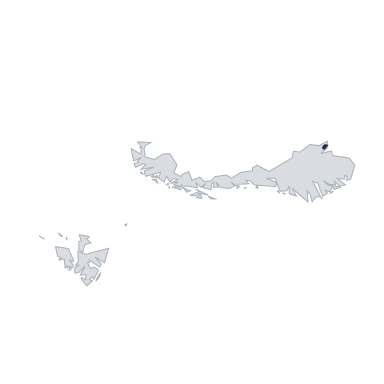 Sarpsborg nor, Østfold, Norway shown in context, rotated 240°
{"feature_id": "86288312B37493332543742", "entity_name": "Sarpsborg nor", "entity_type": "district", "adm_level": 2, "iso_a3": "NOR", "parent_name": "Norway", "parent_adm1": "Østfold", "projection": "albers", "projection_center": [11.136, 59.264], "detail": "fine", "context": "in_parent", "style": "filled", "palette": "slate", "viewbox_px": 384, "rotation_deg": 240, "n_neighbors": 0, "source": "geoboundaries", "source_scale": "gbopen_adm2", "svg_char_len": 4958}
<svg xmlns="http://www.w3.org/2000/svg" viewBox="0 0 384 384"><g transform="rotate(240 192 192)"><path d="M217.7,185.8L210.8,190.3L212.3,192.5L211.2,199.5L202.2,197.8L201.0,206.2L195.0,207.7L192.0,214.5L193.9,219.5L189.5,230.3L184.3,233.0L184.5,244.6L180.0,254.9L182.6,256.4L182.8,261.6L171.2,268.9L171.5,295.3L176.5,300.4L172.6,305.4L174.2,317.9L168.6,325.3L168.4,334.6L162.5,331.0L160.9,322.8L157.8,333.4L153.3,331.9L142.6,345.2L133.9,346.4L123.7,335.7L124.7,331.8L128.1,334.1L130.1,332.4L126.8,330.7L131.0,324.5L121.5,328.5L123.3,322.8L129.9,320.8L126.5,319.9L129.8,314.9L136.0,311.4L130.0,313.4L122.1,322.7L123.1,316.5L126.5,316.2L123.1,311.4L126.9,308.3L123.2,308.7L123.0,303.0L136.7,305.3L140.7,301.9L123.8,301.0L125.7,296.9L123.5,291.2L130.6,293.1L135.4,292.3L125.3,287.4L145.0,280.7L136.3,280.3L141.9,275.3L148.5,279.2L145.7,274.7L148.6,268.6L162.3,270.9L166.7,263.3L157.9,270.1L154.9,267.3L166.8,249.6L172.9,247.8L175.2,244.4L170.6,245.4L175.7,235.8L174.2,233.8L181.2,230.8L176.0,232.0L176.4,226.2L181.2,219.4L188.3,217.8L182.9,217.2L185.5,212.8L189.2,215.8L189.5,213.3L184.4,209.6L190.5,203.4L192.5,208.1L191.5,202.1L198.4,200.0L192.9,199.0L200.3,189.7L200.6,185.3L203.9,187.1L202.4,184.8L207.2,179.9L207.6,185.1L210.1,177.6L210.1,186.0L213.0,183.1L211.6,177.8L218.4,177.9L214.5,172.9L220.6,170.0L224.8,174.7L228.8,159.6L234.1,161.1L232.6,171.4L237.2,159.1L239.1,165.7L240.7,163.9L241.6,155.5L245.7,156.1L244.4,160.6L246.2,160.3L247.2,165.9L248.1,157.0L259.9,161.0L250.4,166.6L256.2,170.6L262.5,170.1L255.4,181.2L255.5,174.7L253.8,172.4L245.8,168.9L238.9,175.9L239.4,185.6L236.4,191.9L223.1,192.6L217.7,185.8ZM180.0,50.1L185.1,52.5L185.0,57.4L187.0,54.6L188.3,58.5L197.7,63.5L191.1,68.8L184.9,91.8L174.6,80.8L184.2,75.4L174.8,77.5L173.2,74.4L184.5,69.0L182.1,68.1L183.0,66.1L176.2,65.9L176.2,69.6L171.4,72.0L165.4,63.5L168.7,63.4L167.3,59.4L164.9,61.4L163.3,54.0L172.5,52.7L173.2,53.8L169.1,56.2L173.5,58.7L176.0,53.6L181.3,62.5L179.0,54.1L180.0,50.1ZM189.8,44.2L198.1,47.9L199.3,42.8L200.3,43.2L200.2,45.9L203.6,43.4L212.9,46.5L204.8,56.7L192.5,55.3L191.0,54.3L194.1,52.0L187.8,52.7L186.2,50.9L187.9,49.5L184.9,48.6L189.2,48.4L188.4,46.1L190.2,47.0L189.8,44.2ZM198.7,65.1L205.6,69.3L204.9,71.4L211.3,73.1L205.3,80.3L204.0,80.1L204.4,77.0L198.5,79.1L200.1,73.1L194.4,67.1L198.7,65.1ZM188.9,198.9L192.8,196.5L181.3,204.5L187.0,198.3L187.0,192.4L190.1,189.0L188.9,198.9ZM194.4,187.4L199.8,186.4L193.8,191.5L194.4,187.4ZM199.4,183.6L206.4,177.0L203.1,183.5L199.4,183.6ZM162.8,64.1L167.0,69.6L167.9,72.1L164.6,69.3L162.8,64.1ZM184.8,193.1L186.0,198.4L181.5,197.3L184.8,193.1ZM223.1,163.4L220.9,167.6L216.7,166.7L221.1,165.2L223.1,163.4ZM224.1,166.0L223.6,170.5L221.7,169.6L224.1,166.0ZM176.2,205.1L180.5,203.8L175.9,207.4L176.2,205.1ZM230.2,37.9L224.7,40.8L230.4,37.6L230.2,37.9ZM219.6,56.1L223.4,55.8L218.0,57.9L219.6,56.1ZM231.3,158.7L234.0,157.2L235.1,157.8L231.3,158.7ZM225.9,164.5L225.7,166.9L224.5,165.1L225.9,164.5ZM211.1,173.5L211.4,175.8L210.1,175.2L211.1,173.5ZM197.1,117.3L197.0,119.5L195.6,117.9L197.1,117.3ZM215.7,60.4L213.9,60.6L213.5,59.9L215.7,60.4ZM164.0,249.6L164.9,251.6L162.3,251.1L164.0,249.6ZM206.0,173.7L207.6,174.4L208.6,175.6L206.0,173.7ZM185.8,46.1L186.6,47.3L185.5,46.9L185.8,46.1ZM150.0,267.2L146.9,267.3L150.2,266.3L150.0,267.2ZM145.4,270.3L144.1,271.9L143.6,271.0L145.4,270.3ZM175.2,208.0L173.8,209.9L175.3,206.7L175.2,208.0ZM122.4,312.1L121.8,314.8L121.8,311.3L122.4,312.1ZM173.0,234.3L172.3,232.7L173.2,232.8L173.0,234.3ZM256.3,168.3L256.5,170.2L256.3,170.0L256.3,168.3ZM173.8,235.7L172.2,236.1L174.2,235.3L173.8,235.7ZM169.0,239.4L169.2,241.0L168.4,240.5L169.0,239.4ZM122.5,300.7L121.6,302.3L121.9,300.9L122.5,300.7Z" fill="#d9dde1" stroke="#a8b0b8" stroke-width="1"/><path d="M166.2,330.1L166.2,329.9L166.2,329.7L166.0,329.4L165.9,329.1L165.8,328.9L165.7,328.8L165.6,328.7L165.5,328.4L165.5,328.2L165.4,328.1L165.2,328.0L165.2,327.9L165.0,328.0L164.9,328.0L164.7,327.8L164.6,327.7L164.6,327.8L164.5,328.0L164.4,328.0L164.1,328.1L163.9,328.1L163.7,328.0L163.5,328.3L163.5,328.5L163.4,328.5L163.5,328.6L163.4,328.8L163.4,329.0L163.5,329.1L163.5,329.3L163.7,329.5L163.8,329.6L163.9,329.8L164.0,329.9L164.3,329.9L164.5,329.9L164.5,330.0L164.6,330.3L164.4,330.3L164.4,330.5L164.2,330.7L164.2,330.8L164.3,330.9L164.3,331.0L164.5,331.2L164.5,331.3L164.5,331.5L164.7,331.4L164.8,331.4L164.9,331.2L164.8,330.9L164.7,330.9L164.8,330.9L164.7,330.9L164.8,330.9L164.9,331.0L165.0,331.0L165.0,330.9L165.0,331.0L165.0,331.3L165.0,331.5L165.3,331.5L165.2,331.6L165.1,331.8L165.1,331.7L165.0,331.8L165.0,331.7L165.0,331.8L165.0,332.0L165.0,331.9L165.0,332.0L165.1,331.9L165.1,332.0L165.1,331.9L165.1,332.0L165.2,331.9L165.2,332.0L165.2,331.9L165.3,331.9L165.3,331.7L165.3,331.8L165.4,331.7L165.4,331.4L165.5,331.2L165.7,330.9L165.8,330.7L166.0,330.4L166.1,330.2L166.1,330.3L166.1,330.1L166.2,330.1ZM164.8,331.5L164.7,331.5L164.7,331.8L164.7,331.7L164.8,331.6L164.8,331.5Z" fill="#64748b" stroke="#1e293b" stroke-width="1.5"/></g></svg>